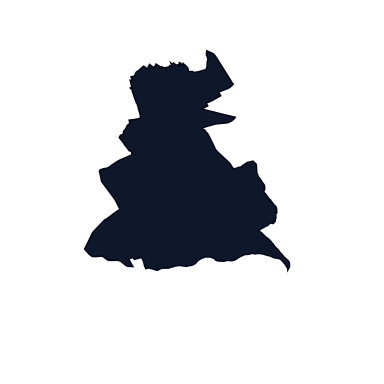 the district of Alkmaar, Noord-Holland, Netherlands, rotated 43°
{"feature_id": "6326949B3608073145237", "entity_name": "Alkmaar", "entity_type": "district", "adm_level": 2, "iso_a3": "NLD", "parent_name": "Netherlands", "parent_adm1": "Noord-Holland", "projection": "equal_earth", "projection_center": [4.805, 52.601], "detail": "fine", "context": "isolated", "style": "filled", "palette": "ink", "viewbox_px": 384, "rotation_deg": 43, "n_neighbors": 0, "source": "geoboundaries", "source_scale": "gbopen_adm2", "svg_char_len": 5865}
<svg xmlns="http://www.w3.org/2000/svg" viewBox="0 0 384 384"><g transform="rotate(43 192 192)"><path d="M152.4,307.0L159.0,307.6L161.2,307.5L162.9,307.2L163.6,306.8L164.5,306.0L164.5,305.9L165.2,305.4L168.3,302.0L169.4,300.8L169.8,300.5L170.3,300.2L171.3,299.9L176.2,299.3L176.8,299.2L177.7,298.7L178.7,297.9L184.1,292.8L184.8,292.3L185.3,292.0L186.9,291.3L187.5,291.2L192.6,290.9L194.1,290.7L195.2,290.4L196.0,289.9L199.7,286.8L198.7,286.6L191.3,284.2L193.6,279.9L195.8,280.6L199.7,274.3L203.8,275.7L207.6,278.3L208.4,278.7L209.9,279.2L210.4,279.6L212.2,277.1L212.8,276.7L215.5,275.2L219.7,273.2L219.9,273.0L220.1,272.8L221.7,268.7L222.0,268.2L222.4,267.7L226.7,263.7L230.0,257.9L230.6,257.1L232.9,254.3L233.2,254.0L234.8,253.0L236.9,251.3L237.8,250.8L238.4,250.4L238.9,249.8L240.1,247.9L241.1,246.8L241.4,246.3L242.3,244.8L242.6,243.8L243.1,242.6L243.2,241.3L243.1,240.2L243.1,238.4L243.2,237.4L243.4,236.8L244.2,234.0L245.8,230.9L246.1,230.4L246.5,230.0L249.7,227.0L253.6,225.5L254.0,225.5L255.7,225.6L256.1,225.6L258.4,224.4L262.5,221.0L262.8,220.7L263.5,219.2L263.7,218.8L266.0,216.6L267.6,215.5L267.8,215.3L269.0,213.6L269.8,212.2L270.2,210.6L270.8,208.1L271.2,206.6L273.3,201.7L273.8,201.1L275.0,200.0L276.2,198.6L277.6,196.0L278.4,195.4L279.4,194.9L280.1,194.4L280.6,193.9L281.7,192.5L283.2,191.0L286.2,188.9L289.8,187.2L293.4,185.2L296.4,184.4L299.2,182.5L302.0,180.9L302.8,180.8L303.5,180.8L305.3,180.9L309.0,181.3L313.4,182.4L314.4,182.9L314.7,183.1L315.2,183.6L314.4,180.5L313.9,179.7L313.3,179.2L312.7,178.4L311.1,177.2L310.1,176.8L309.5,176.8L308.7,176.6L307.8,176.8L306.7,176.7L303.3,176.8L301.6,176.4L297.7,176.1L297.3,176.2L296.0,175.8L294.0,175.5L293.2,175.4L293.0,175.5L292.6,175.6L292.1,175.5L288.9,175.3L288.8,175.2L287.8,174.9L286.5,174.7L285.3,174.7L284.8,174.5L283.5,174.3L281.4,174.2L279.4,174.2L279.2,174.4L278.1,174.4L275.6,174.6L274.4,174.5L272.9,174.6L271.2,174.4L269.2,174.6L266.8,174.5L269.1,167.4L270.0,165.2L270.5,161.1L272.7,159.9L272.8,159.6L272.9,159.1L272.8,158.4L272.9,158.2L272.8,156.9L272.5,156.3L271.8,155.3L271.5,154.6L271.2,154.0L270.3,153.0L269.0,151.8L268.5,151.3L268.4,150.9L268.3,150.4L268.1,149.6L268.0,149.1L267.7,148.8L265.2,146.5L263.5,145.5L263.1,145.4L261.8,145.4L259.7,145.2L255.9,144.6L255.0,144.7L254.9,144.3L253.2,144.4L250.2,143.9L248.0,143.4L244.1,143.0L244.0,142.3L243.1,140.1L242.7,139.7L241.3,139.1L241.2,139.0L241.5,138.6L240.5,137.8L240.2,137.6L236.4,136.9L235.1,136.4L234.1,136.3L233.2,136.4L233.0,136.0L232.8,135.9L230.4,135.7L227.1,134.1L225.6,133.6L225.5,133.4L225.6,133.1L220.4,128.1L219.9,127.9L215.6,127.8L212.2,132.9L211.4,136.8L211.1,137.4L211.0,137.7L211.0,138.8L211.0,139.6L211.0,139.9L210.9,140.1L210.2,140.9L210.2,141.1L209.9,141.6L208.9,142.7L208.7,143.4L208.6,143.8L208.1,144.8L207.1,146.0L206.2,146.8L200.1,145.3L199.4,145.2L185.2,145.2L182.0,145.1L181.0,145.0L179.3,144.5L172.4,141.8L172.2,141.9L172.3,141.8L167.0,139.7L162.9,138.5L162.7,139.0L160.0,138.2L158.9,138.0L155.6,139.1L155.9,137.7L162.8,126.2L170.4,117.6L170.6,117.3L171.1,116.5L172.1,114.1L172.6,112.4L172.7,111.5L172.8,110.8L172.9,109.6L172.7,107.8L163.2,113.2L163.3,113.2L162.2,113.8L143.9,123.9L143.5,124.1L142.5,124.6L144.8,118.3L143.6,117.9L141.7,117.5L144.1,112.2L145.1,109.2L146.9,103.2L147.2,102.7L147.4,102.1L147.1,101.8L146.6,101.8L144.2,101.1L143.6,100.9L143.4,100.6L147.7,91.6L148.1,90.5L148.4,89.0L148.6,87.4L148.6,86.0L148.5,84.8L147.1,84.9L145.6,84.5L144.4,84.0L118.3,77.1L115.6,76.5L114.0,76.4L112.4,76.6L108.0,78.2L106.5,78.7L107.8,80.5L108.9,81.7L109.3,82.0L111.1,82.8L111.6,83.0L112.8,83.9L113.2,84.3L114.0,85.6L114.6,86.8L116.0,88.2L117.9,90.8L118.5,92.0L118.6,92.4L118.6,92.7L118.2,93.8L117.8,94.5L117.1,95.5L114.7,99.7L112.4,102.6L111.2,103.8L110.4,103.4L108.4,105.3L107.5,106.5L104.7,104.4L104.1,104.2L103.5,104.0L101.2,104.0L101.0,103.9L100.6,103.9L98.5,104.1L97.9,104.0L99.2,106.2L98.2,106.4L97.5,105.6L94.7,105.7L94.5,106.1L96.5,108.3L95.0,108.4L94.7,109.0L94.0,109.9L91.6,110.2L91.4,110.3L90.9,110.3L90.5,110.3L90.5,111.9L88.5,112.0L89.6,112.6L91.3,112.9L92.2,113.3L92.6,113.5L91.5,114.2L90.8,114.4L89.6,114.6L89.8,115.9L89.7,116.3L89.2,117.3L88.9,117.7L88.8,118.0L88.1,118.4L88.0,118.8L87.9,119.6L88.0,119.7L86.4,120.3L86.4,120.5L84.0,121.3L85.0,123.2L84.2,123.5L83.7,123.0L83.3,122.6L82.5,122.2L79.5,122.8L78.5,122.9L78.8,123.6L79.3,127.1L73.9,127.7L75.5,132.5L72.5,132.7L70.8,132.9L70.5,135.1L70.3,137.7L70.3,138.5L69.7,141.3L69.5,142.8L69.6,143.0L69.7,143.4L69.8,143.9L70.5,144.8L70.5,145.5L70.5,147.0L70.0,147.9L68.8,149.4L68.9,149.5L69.1,149.5L72.3,150.8L70.5,152.4L76.7,156.5L76.3,156.9L76.2,157.6L75.9,158.0L76.6,158.3L77.8,157.7L79.6,158.9L82.0,160.3L90.4,164.7L90.6,164.4L92.0,165.1L95.9,167.3L95.9,167.5L100.0,170.0L101.6,171.0L102.4,171.3L102.8,171.7L103.3,173.1L103.5,173.3L103.9,173.5L99.3,179.8L98.7,180.2L98.5,180.8L98.2,180.9L97.0,182.4L98.5,183.2L99.9,184.8L100.5,185.4L99.9,185.4L99.8,185.8L99.4,186.0L99.4,186.4L99.3,187.7L99.7,188.7L100.2,190.0L100.2,190.6L100.5,191.8L100.5,192.7L100.5,193.6L100.6,193.9L101.1,195.1L101.4,195.5L102.0,196.0L102.0,196.3L102.2,196.8L102.1,197.6L101.8,198.1L101.5,198.4L101.3,198.6L101.1,199.1L101.2,199.8L101.2,200.5L101.7,201.8L110.3,203.1L110.2,203.3L118.2,204.6L118.5,203.6L121.4,204.1L121.3,204.7L123.1,205.0L122.8,205.5L122.0,207.4L120.0,212.1L117.3,218.2L116.5,220.9L115.7,224.3L115.0,227.0L114.8,227.7L114.7,229.3L113.9,231.9L113.4,232.7L112.5,233.9L110.9,236.2L109.8,238.5L109.8,239.3L110.0,239.7L110.2,240.0L111.0,240.5L115.8,243.8L116.9,244.7L118.1,245.5L119.1,246.0L140.5,249.9L143.4,250.9L147.0,252.3L151.4,253.8L150.7,255.3L150.6,255.6L149.4,261.3L149.5,261.3L149.3,262.2L148.9,264.3L148.8,265.1L148.1,269.0L147.8,270.2L147.5,271.9L147.4,272.2L147.2,272.1L147.0,283.7L147.0,288.6L147.1,289.6L147.5,291.0L148.2,293.3L148.4,293.3L148.3,293.5L148.5,294.1L152.4,307.0Z" fill="#0f172a" stroke="#020617" stroke-width="1.5"/></g></svg>